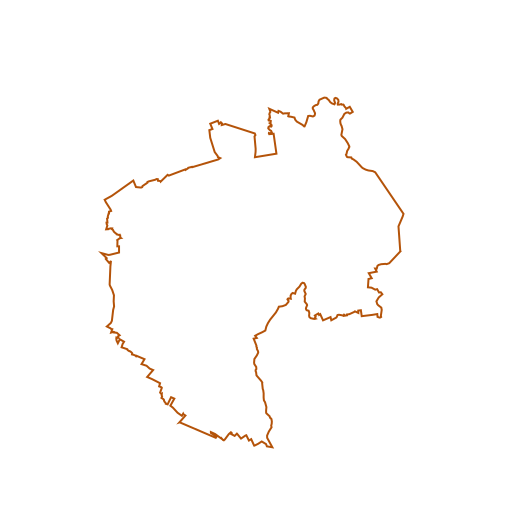 the district of Yanga, Veracruz, Mexico, rotated 225°
{"feature_id": "50627088B86656079275604", "entity_name": "Yanga", "entity_type": "district", "adm_level": 2, "iso_a3": "MEX", "parent_name": "Mexico", "parent_adm1": "Veracruz", "projection": "mercator", "projection_center": [-96.801, 18.823], "detail": "fine", "context": "isolated", "style": "outline", "palette": "amber", "viewbox_px": 512, "rotation_deg": 225, "n_neighbors": 0, "source": "geoboundaries", "source_scale": "gbopen_adm2", "svg_char_len": 6115}
<svg xmlns="http://www.w3.org/2000/svg" viewBox="0 0 512 512"><g transform="rotate(225 256 256)"><path d="M157.2,361.5L157.5,361.5L176.2,377.7L180.2,387.6L181.5,390.1L230.9,399.5L233.5,398.6L237.1,395.9L239.6,394.6L242.4,393.7L243.7,393.5L251.5,393.8L255.4,393.2L257.1,392.6L258.3,393.1L261.0,390.7L261.6,390.4L262.7,390.7L264.0,391.2L264.2,392.2L265.8,394.7L266.5,397.6L267.1,398.6L267.1,399.1L267.5,399.5L271.0,400.7L275.7,401.7L280.2,401.5L281.3,402.0L284.5,406.8L287.5,408.5L288.8,408.9L290.2,409.6L291.9,411.0L292.7,412.1L292.7,414.9L294.0,419.0L293.5,421.3L292.2,422.8L290.6,422.9L290.2,423.3L289.5,426.3L295.2,427.8L296.3,423.9L296.7,424.2L299.4,424.3L300.5,424.8L301.4,424.8L302.3,423.7L303.1,423.7L304.2,421.9L305.2,420.9L306.1,421.6L306.7,423.4L308.2,424.6L310.1,424.7L311.5,424.1L311.9,423.1L311.7,422.5L310.7,421.3L308.6,420.3L308.1,419.7L307.8,418.7L310.2,417.6L312.2,417.3L315.3,417.8L316.3,417.5L317.9,417.7L319.5,416.5L319.8,416.1L321.6,411.4L321.1,409.6L319.8,407.9L319.6,406.8L319.6,406.1L320.2,405.4L320.6,404.5L321.0,402.6L320.9,401.2L320.0,400.3L318.8,400.1L315.2,398.7L314.3,397.5L313.9,396.6L314.4,394.9L317.0,393.3L318.1,391.9L315.0,386.2L313.3,382.0L313.5,381.7L315.8,381.6L322.2,379.9L324.6,380.1L326.7,381.1L329.9,379.1L331.3,377.9L332.0,377.6L333.7,380.2L336.7,377.0L337.5,375.8L340.6,375.4L342.7,374.5L341.7,372.9L350.7,369.5L348.1,368.3L347.6,367.8L347.4,366.6L346.8,365.6L346.2,365.4L344.1,363.9L344.4,363.5L343.8,363.0L343.6,361.3L342.9,360.8L342.5,361.0L342.0,361.6L341.1,362.0L339.9,360.5L340.2,359.6L338.0,359.7L337.4,359.5L336.8,358.8L336.7,358.3L337.2,357.9L337.9,358.2L338.3,356.9L338.3,355.8L337.9,355.6L337.5,354.9L335.0,354.8L333.8,355.2L331.8,354.4L332.0,354.0L331.9,353.3L332.1,353.0L332.8,352.9L332.9,352.5L333.8,352.1L333.6,351.8L332.8,351.5L330.0,354.9L313.9,342.8L326.6,325.1L329.9,329.3L332.0,331.5L341.6,339.5L341.9,341.1L343.5,341.8L371.0,327.7L372.8,324.4L373.8,325.7L375.4,325.7L375.3,324.4L375.5,323.3L378.6,324.7L381.9,317.2L376.6,315.0L378.0,312.0L371.9,307.2L358.7,300.3L353.9,299.6L352.9,299.0L350.5,299.9L351.0,297.5L363.9,273.7L364.3,273.8L366.3,270.4L366.1,269.8L366.7,267.1L367.2,267.3L374.5,251.2L375.9,250.9L376.0,241.2L376.4,241.4L377.3,240.9L378.5,239.9L379.8,240.9L380.8,240.0L381.1,238.8L384.6,232.9L385.1,231.6L384.6,231.1L385.7,225.2L385.2,224.3L385.4,223.6L385.8,223.0L389.6,219.9L396.1,222.6L400.5,196.6L402.8,188.8L400.3,187.9L391.6,186.0L390.3,185.4L391.3,183.4L390.3,182.4L390.5,182.3L388.8,179.2L387.7,178.3L387.8,177.2L384.7,174.6L385.3,173.9L384.2,173.0L382.7,172.5L380.8,168.9L379.5,170.4L379.7,170.6L378.3,172.8L377.2,173.8L376.8,173.1L375.5,173.3L373.8,172.7L371.3,172.8L370.3,173.1L369.8,172.8L367.9,173.9L367.4,174.6L367.0,174.3L366.6,174.5L364.9,173.1L364.2,173.2L364.9,172.2L365.4,169.1L364.9,169.0L360.9,164.8L359.7,166.0L355.3,161.6L360.2,153.5L361.2,152.3L367.3,148.8L360.1,148.9L360.1,147.7L355.0,147.3L354.9,149.3L355.1,150.0L351.7,145.8L339.4,132.4L338.4,131.8L333.7,130.3L328.7,127.8L324.6,123.3L320.7,120.0L318.9,116.9L312.1,108.3L311.3,106.1L311.6,100.7L307.7,102.0L306.8,102.0L305.9,102.6L304.3,99.4L303.0,101.8L302.4,102.0L302.2,101.6L300.1,103.3L296.4,103.5L296.8,102.0L296.6,101.4L295.4,100.9L295.6,100.5L297.1,99.7L296.3,98.7L294.8,97.6L292.0,96.6L293.4,100.8L288.7,102.1L288.1,99.5L286.5,96.4L281.1,99.1L280.3,98.7L278.3,99.1L278.1,99.4L277.0,99.7L275.4,99.8L274.8,99.7L274.1,98.7L272.8,99.5L271.0,100.3L269.9,100.3L270.0,100.9L261.9,104.2L260.5,98.6L255.8,101.0L251.6,101.2L248.1,102.6L247.4,93.5L242.6,95.4L233.9,98.2L232.3,95.3L230.1,96.3L229.4,96.2L227.2,91.6L225.3,91.5L225.2,92.0L224.2,90.8L223.1,90.3L222.5,88.8L220.3,89.3L219.4,89.2L219.0,88.8L217.8,88.3L215.7,88.1L215.3,87.7L213.6,88.6L216.2,96.1L212.9,97.4L210.7,89.6L207.6,90.0L200.6,89.7L195.4,90.6L196.0,93.0L195.5,92.8L193.1,93.3L192.5,84.2L192.4,84.4L155.9,99.0L156.2,100.7L162.5,99.0L162.8,99.0L163.4,99.6L159.1,101.2L151.5,102.4L151.6,102.7L149.2,102.6L148.8,103.0L148.4,103.0L148.3,104.2L149.3,110.8L149.1,113.6L148.1,113.6L148.2,112.4L143.9,113.7L143.9,116.9L143.6,116.9L137.5,116.3L136.5,121.6L136.1,122.4L130.5,120.5L129.9,123.1L123.2,120.6L123.0,120.8L121.7,124.7L120.8,128.9L115.9,130.1L113.7,129.1L109.2,132.3L119.5,135.3L120.6,136.3L121.2,136.9L122.8,141.0L123.9,145.9L125.3,146.8L126.3,148.5L127.8,150.2L129.6,151.5L130.3,151.8L131.0,151.5L131.9,151.7L133.1,152.3L137.5,152.1L138.2,152.5L139.7,154.0L141.8,156.5L146.2,159.0L148.3,159.5L150.4,161.2L153.5,164.3L156.0,166.2L157.3,166.8L161.6,170.3L162.1,171.0L164.2,171.4L171.2,171.9L173.9,174.0L174.5,174.1L175.6,175.0L175.8,176.3L177.4,177.7L180.8,178.4L181.9,179.2L184.3,182.0L185.1,186.3L186.1,189.2L187.2,190.1L189.7,190.9L190.6,191.9L191.6,192.1L192.3,192.9L199.2,195.9L197.5,198.6L200.2,199.0L199.3,202.2L197.7,206.5L196.7,209.9L198.8,213.4L200.1,217.0L201.0,221.0L202.0,230.1L203.1,234.2L204.0,236.3L201.8,239.2L200.3,242.5L200.6,246.4L201.1,247.2L203.1,247.6L203.3,248.3L203.1,248.9L201.2,250.4L202.0,250.9L203.6,252.6L204.1,254.5L203.9,255.8L201.7,257.0L203.1,259.5L203.6,261.2L203.6,265.1L204.4,268.4L204.2,270.0L202.9,270.8L202.0,270.7L198.9,269.4L198.2,268.4L198.0,266.5L197.2,265.5L194.0,264.3L193.1,261.8L191.3,260.5L189.3,258.2L185.8,257.8L185.1,257.4L184.0,254.8L183.4,254.0L182.5,253.6L181.8,253.5L180.1,254.5L178.1,253.5L176.2,251.3L175.1,250.6L173.4,250.7L171.0,252.2L170.0,253.0L169.6,253.7L170.5,253.5L170.8,255.2L172.3,255.5L171.3,259.4L169.7,258.9L169.5,260.3L169.2,260.2L163.1,257.9L160.1,265.5L157.3,263.8L155.7,269.2L155.8,270.0L156.6,271.9L156.1,272.7L155.4,273.4L151.8,275.9L152.7,277.6L151.5,275.9L149.7,278.4L150.3,279.0L148.9,280.8L147.0,285.9L146.9,286.8L143.4,288.1L145.1,289.7L143.5,291.8L138.7,288.2L132.2,296.5L129.2,300.7L127.0,298.9L125.1,299.8L124.6,300.5L124.4,301.4L125.5,302.1L129.0,306.8L130.9,308.1L134.8,307.6L136.2,307.7L138.8,309.1L139.9,313.5L139.6,318.3L142.1,318.6L143.2,317.2L146.9,318.2L147.9,316.5L151.9,315.3L154.7,313.0L160.2,319.3L158.5,322.1L164.1,323.6L159.6,330.3L162.9,331.4L161.7,332.5L163.1,334.8L163.0,336.3L161.7,338.7L158.9,342.0L157.9,342.6L156.7,345.1L157.2,361.5Z" fill="none" stroke="#b45309" stroke-width="2"/></g></svg>